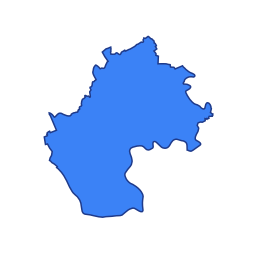 outline of Yen Phong, Bắc Ninh, Vietnam, rotated 150°
{"feature_id": "81297802B41688796411548", "entity_name": "Yen Phong", "entity_type": "district", "adm_level": 2, "iso_a3": "VNM", "parent_name": "Vietnam", "parent_adm1": "Bắc Ninh", "projection": "natural_earth1", "projection_center": [105.961, 21.21], "detail": "fine", "context": "isolated", "style": "filled", "palette": "blue", "viewbox_px": 256, "rotation_deg": 150, "n_neighbors": 0, "source": "geoboundaries", "source_scale": "gbopen_adm2", "svg_char_len": 5799}
<svg xmlns="http://www.w3.org/2000/svg" viewBox="0 0 256 256"><g transform="rotate(150 128 128)"><path d="M209.6,129.4L209.0,128.1L207.8,122.9L207.5,120.0L207.4,118.5L207.5,113.0L208.1,106.1L208.1,101.0L207.9,99.2L207.1,96.4L206.2,93.8L205.9,90.1L205.9,89.4L206.4,86.5L208.2,81.9L209.3,78.9L209.4,77.9L209.4,76.9L209.2,76.3L208.9,75.7L208.3,74.9L204.2,71.7L202.0,69.6L197.8,65.8L194.5,63.4L191.5,62.3L186.3,59.7L181.9,57.8L178.6,56.1L176.7,55.6L172.2,56.4L168.9,56.9L167.2,56.9L164.3,56.4L162.9,55.6L162.2,54.6L160.1,50.9L159.3,49.8L158.9,49.3L157.7,48.5L157.3,48.5L156.8,48.7L156.4,49.0L156.1,49.4L154.4,53.2L152.9,56.0L151.2,58.5L149.2,61.1L148.7,62.4L148.5,63.4L148.4,65.8L148.6,67.9L149.3,70.7L150.3,73.3L152.1,76.8L153.5,78.7L154.2,80.3L154.6,81.7L154.9,83.3L155.0,84.8L154.7,87.3L154.3,88.7L153.9,89.4L153.1,90.3L151.5,91.1L148.9,92.3L145.3,93.6L143.4,94.6L142.1,96.0L141.5,96.6L141.0,97.3L140.4,98.7L139.7,100.8L139.0,104.9L138.2,107.2L137.4,108.1L136.7,108.6L135.7,109.1L133.5,109.0L129.4,107.9L126.5,106.6L125.0,105.6L124.0,104.2L123.7,103.3L123.2,101.5L122.8,100.3L122.3,99.6L121.7,99.1L121.0,98.6L119.4,98.3L116.8,98.3L116.2,98.5L115.5,99.3L114.2,102.1L113.3,103.1L112.9,103.3L112.6,103.3L111.9,103.1L111.4,102.8L111.0,102.3L110.5,101.1L108.6,94.7L107.7,93.3L106.4,92.2L105.5,91.7L104.5,91.4L103.4,91.3L102.3,91.5L100.9,92.0L97.8,93.8L95.4,94.7L94.4,94.8L92.8,94.6L91.5,94.0L90.2,92.7L88.1,90.4L86.4,89.0L85.7,87.9L85.3,87.1L85.1,86.7L85.0,85.5L85.2,84.4L85.8,83.0L87.8,79.3L87.5,79.1L86.8,78.1L86.1,77.3L85.7,76.9L84.6,76.3L82.7,76.3L74.3,77.1L73.4,77.4L73.0,78.0L73.0,79.2L73.7,80.9L74.7,82.6L75.2,83.5L75.3,84.7L74.8,85.7L73.9,86.8L71.8,88.4L69.2,90.0L67.1,92.2L66.8,92.8L66.8,95.6L66.0,96.3L65.2,97.1L64.9,97.3L64.1,97.3L62.6,97.0L62.0,96.8L61.0,96.0L60.5,95.8L57.5,95.7L56.6,97.6L55.3,96.2L55.0,96.8L53.9,96.0L53.1,95.9L52.9,96.8L51.9,97.5L49.1,96.0L48.4,96.5L48.6,96.8L47.5,97.6L48.0,98.2L48.3,98.8L48.4,99.2L48.9,100.1L46.1,103.1L46.0,104.0L45.4,105.4L45.2,107.2L45.5,108.9L46.3,110.0L47.3,110.3L48.8,109.6L51.6,106.7L52.5,106.5L53.1,106.7L54.0,107.7L54.7,109.2L54.9,110.8L55.5,111.9L56.4,113.4L57.8,114.9L58.7,116.3L59.5,118.6L60.2,122.1L60.4,126.5L60.2,129.8L59.7,130.9L58.8,131.2L57.3,131.1L55.0,131.2L53.6,131.8L53.1,132.4L53.0,133.1L53.4,134.1L54.5,135.7L54.8,136.1L55.4,136.6L57.4,138.0L57.9,138.4L57.9,138.6L57.9,139.0L57.4,139.5L56.9,139.8L56.2,140.1L55.8,140.4L55.1,141.2L54.7,141.5L54.4,141.6L52.6,142.0L50.4,141.9L49.0,141.5L47.0,140.4L46.2,139.7L45.5,139.3L45.0,139.3L44.1,139.6L43.9,140.0L43.8,140.9L44.3,142.0L45.2,143.4L46.1,144.5L46.7,145.4L47.4,146.8L48.6,149.8L48.9,151.2L49.6,153.3L49.7,154.6L57.7,155.6L57.8,157.4L58.0,157.7L60.6,159.4L60.7,159.6L59.8,161.7L60.1,162.1L60.4,162.2L60.7,162.4L62.9,164.5L64.5,165.5L69.9,168.6L65.8,175.0L66.2,175.5L67.2,176.6L67.5,177.0L66.7,178.1L66.6,178.5L66.6,179.0L67.0,181.7L63.5,182.1L63.5,184.9L62.3,185.0L62.2,185.3L62.2,187.6L62.5,188.2L62.8,188.6L62.4,189.1L62.3,189.4L62.2,190.0L62.0,190.6L62.0,190.9L62.4,191.6L62.7,192.9L62.8,193.3L63.1,193.5L63.5,193.9L63.8,194.7L64.2,196.0L64.5,197.0L65.0,197.3L66.2,197.1L66.7,197.1L67.1,197.1L67.6,196.9L68.2,196.9L68.9,197.6L69.2,198.0L69.6,197.5L70.7,196.9L70.9,196.7L71.0,196.4L71.2,195.6L71.4,195.1L71.7,194.9L72.6,195.0L72.9,195.1L73.1,195.3L73.3,195.6L73.7,195.8L77.3,195.6L78.5,195.9L79.1,195.9L79.4,195.7L81.4,195.3L83.2,195.3L86.7,195.3L87.6,195.5L88.4,195.6L90.1,195.7L91.1,195.8L91.9,195.9L92.0,196.0L92.0,196.3L91.9,197.0L92.1,197.1L93.7,196.8L94.5,197.0L95.0,197.0L95.9,196.8L96.3,196.6L96.8,196.1L97.6,195.7L98.1,195.6L98.6,195.9L99.1,196.6L99.7,198.1L100.1,198.7L100.6,198.9L101.2,198.9L102.1,198.6L102.6,198.6L104.5,199.6L105.0,199.9L105.9,200.6L105.5,201.4L105.3,202.2L105.1,202.6L104.4,203.0L104.0,204.0L103.2,205.0L102.5,206.7L103.2,206.8L105.2,207.0L107.5,207.5L112.3,206.6L112.4,201.4L111.9,195.7L113.0,195.6L113.7,195.1L115.8,193.7L117.6,192.2L118.1,191.9L118.6,191.8L119.1,191.8L119.8,192.2L120.6,192.9L121.1,193.1L122.4,193.2L122.6,193.4L122.8,195.0L123.1,195.9L123.4,196.8L124.1,198.2L124.4,198.6L124.8,198.6L125.3,198.5L125.6,198.3L127.0,197.7L128.1,196.8L129.3,195.3L130.5,194.0L130.8,193.3L131.1,192.4L131.3,190.8L131.4,189.1L131.4,186.3L131.4,186.0L131.5,185.8L131.7,185.7L132.4,185.7L133.3,185.6L133.9,185.3L134.2,185.2L135.5,185.6L135.8,185.4L136.4,184.8L137.4,183.4L137.9,182.8L138.9,182.1L139.7,182.1L140.3,182.3L140.5,182.1L140.8,181.9L140.9,181.3L140.9,180.0L141.0,179.6L141.3,179.3L142.5,178.8L142.9,178.6L143.1,178.4L143.4,177.8L144.3,175.3L144.7,174.6L144.9,174.1L145.1,173.8L145.4,173.7L145.8,173.8L146.0,174.2L146.1,174.9L146.2,175.2L146.4,175.5L147.4,175.8L147.7,175.9L148.3,177.2L148.7,177.5L149.0,177.6L149.3,177.5L149.5,177.1L149.6,176.4L149.7,176.1L150.0,175.9L151.1,175.7L151.7,175.5L152.7,175.7L153.1,175.6L153.8,175.1L154.8,174.2L155.7,173.0L156.3,172.3L156.5,171.7L156.7,171.0L157.0,170.6L157.7,170.4L158.5,170.5L159.1,170.5L159.6,170.3L159.9,170.0L160.3,168.6L160.6,168.4L160.9,168.3L161.2,168.7L161.5,168.7L162.0,168.5L162.3,168.3L162.5,167.9L162.8,167.8L163.1,167.3L163.4,167.1L163.6,167.0L163.9,167.2L164.3,167.2L164.9,167.5L165.8,167.8L166.3,167.8L166.6,167.9L167.1,168.2L168.0,168.3L168.8,168.4L170.2,168.3L170.7,167.8L171.1,167.6L172.0,167.5L173.1,167.9L174.7,169.1L177.1,172.0L178.3,173.9L179.4,174.8L180.3,175.2L182.2,175.1L184.1,174.5L185.7,174.1L186.3,174.2L186.5,174.6L186.6,175.8L186.9,177.5L187.5,178.9L188.1,179.9L188.7,180.5L189.3,179.1L189.1,177.7L191.1,161.8L197.6,162.8L197.5,164.4L198.9,164.5L200.6,164.1L200.8,163.0L201.5,163.1L201.7,161.7L205.0,162.1L207.7,155.0L205.7,154.4L205.9,149.9L205.4,145.5L206.5,144.2L207.9,142.5L209.6,141.5L210.3,141.1L212.2,139.2L211.5,137.8L211.4,137.0L211.2,136.1L209.9,133.8L209.5,132.8L208.5,129.9L209.6,129.4Z" fill="#3b82f6" stroke="#1e3a8a" stroke-width="1.5"/></g></svg>